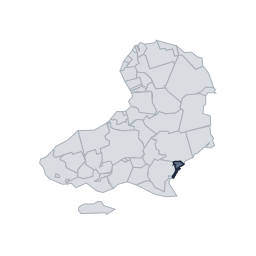 Eritrea on a map of Africa (Robinson projection), rotated 74°
{"feature_id": "ERI", "entity_name": "Eritrea", "entity_type": "country or territory", "adm_level": 0, "iso_a3": "ERI", "parent_name": "Africa", "parent_adm1": "", "projection": "robinson", "projection_center": [39.36, 15.191], "detail": "fine", "context": "in_parent", "style": "filled", "palette": "slate", "viewbox_px": 256, "rotation_deg": 74, "n_neighbors": 49, "source": "natural_earth", "source_scale": "50m", "svg_char_len": 11648}
<svg xmlns="http://www.w3.org/2000/svg" viewBox="0 0 256 256"><g transform="rotate(74 128 128)"><path d="M167.2,133.8L179.5,143.6L179.4,153.6L182.0,158.4L180.2,159.9L168.8,161.5L166.9,156.0L159.9,153.2L157.3,148.4L156.7,143.1L159.9,140.1L159.1,134.3L167.2,133.8Z" fill="#d9dde1" stroke="#a8b0b8" stroke-width="1"/><path d="M72.3,59.5L71.8,63.5L64.5,63.3L63.9,70.1L61.7,70.3L61.2,75.4L51.7,76.3L62.4,58.8L72.3,59.5Z" fill="#d9dde1" stroke="#a8b0b8" stroke-width="1"/><path d="M156.7,143.1L159.9,153.2L155.3,153.7L154.6,162.3L157.4,163.3L157.6,166.1L151.8,161.8L140.2,160.4L139.1,150.5L135.3,149.5L132.9,152.3L129.3,152.5L126.6,146.7L117.0,146.5L120.2,143.1L122.5,144.4L125.8,140.6L129.5,132.5L131.7,120.3L133.8,118.1L140.6,120.8L148.1,117.6L152.1,117.6L154.5,120.1L157.5,119.3L160.9,125.6L157.9,129.8L156.7,143.1Z" fill="#d9dde1" stroke="#a8b0b8" stroke-width="1"/><path d="M185.0,135.8L183.6,124.0L186.2,120.2L192.8,118.2L199.3,110.4L189.8,107.3L187.2,103.6L188.5,101.3L191.9,104.0L206.9,99.8L204.6,110.2L199.2,120.3L185.0,135.8Z" fill="#d9dde1" stroke="#a8b0b8" stroke-width="1"/><path d="M179.5,143.6L167.2,133.8L169.8,126.3L167.4,120.2L170.4,116.9L177.0,121.9L185.6,121.1L183.6,124.0L185.0,135.8L179.5,143.6Z" fill="#d9dde1" stroke="#a8b0b8" stroke-width="1"/><path d="M145.7,109.8L143.9,108.6L143.2,107.9L143.4,104.9L139.8,98.3L142.4,90.2L144.4,90.4L144.6,78.9L147.2,78.9L147.3,73.7L174.2,73.7L175.6,82.5L177.7,84.2L174.1,86.9L172.7,95.8L168.1,103.5L167.4,108.6L164.6,99.2L161.4,105.6L158.3,104.4L155.9,106.7L150.8,106.5L146.9,104.4L144.1,108.7L145.7,109.8Z" fill="#d9dde1" stroke="#a8b0b8" stroke-width="1"/><path d="M144.5,80.0L144.4,90.4L142.4,90.2L139.8,98.3L141.9,102.1L130.4,110.7L124.2,111.9L121.2,106.3L124.8,105.2L122.9,96.4L120.6,93.7L124.7,87.7L126.5,77.9L124.4,71.4L126.7,70.0L144.5,80.0Z" fill="#d9dde1" stroke="#a8b0b8" stroke-width="1"/><path d="M128.5,206.3L129.5,205.0L133.3,207.5L136.4,206.0L136.0,196.3L138.4,201.7L140.0,201.4L143.7,197.6L149.0,198.2L157.3,189.3L161.3,189.7L163.1,195.2L162.9,199.1L161.1,198.8L160.4,201.5L161.7,202.9L165.2,201.5L163.9,206.7L155.3,217.3L150.1,220.3L143.0,220.1L137.7,222.6L133.9,220.8L133.1,214.4L128.5,206.3ZM156.7,207.3L154.7,207.0L152.3,209.7L154.9,211.4L156.7,207.3Z" fill="#d9dde1" stroke="#a8b0b8" stroke-width="1"/><path d="M156.7,207.3L154.9,211.4L152.3,209.7L154.7,207.0L156.7,207.3Z" fill="#d9dde1" stroke="#a8b0b8" stroke-width="1"/><path d="M161.3,189.7L154.1,187.7L147.7,177.8L151.7,178.4L159.0,172.0L164.9,175.2L164.6,184.6L161.3,189.7Z" fill="#d9dde1" stroke="#a8b0b8" stroke-width="1"/><path d="M157.3,189.3L149.0,198.2L143.7,197.6L140.0,201.4L138.4,201.7L136.0,196.3L135.7,188.6L137.9,188.5L137.7,179.2L147.7,177.8L154.1,187.7L157.3,189.3Z" fill="#d9dde1" stroke="#a8b0b8" stroke-width="1"/><path d="M135.7,188.6L136.4,206.0L133.3,207.5L129.5,205.0L128.5,206.3L125.7,202.4L123.0,189.3L116.7,176.7L147.2,177.4L137.7,179.2L137.9,188.5L135.7,188.6Z" fill="#d9dde1" stroke="#a8b0b8" stroke-width="1"/><path d="M51.1,95.7L49.1,92.7L52.9,88.2L56.5,87.8L61.6,93.0L62.9,98.7L51.0,98.9L50.7,96.9L57.6,95.9L51.1,95.7Z" fill="#d9dde1" stroke="#a8b0b8" stroke-width="1"/><path d="M62.9,98.7L61.6,93.0L62.9,91.0L77.0,90.7L76.6,65.9L80.0,65.9L97.4,79.7L97.4,81.4L99.9,81.1L98.0,90.5L87.1,92.1L80.2,96.0L76.7,104.1L70.6,104.6L68.3,99.1L65.9,100.3L62.9,98.7Z" fill="#d9dde1" stroke="#a8b0b8" stroke-width="1"/><path d="M51.7,76.3L61.2,75.4L61.7,70.3L63.9,70.1L64.5,63.3L71.8,63.5L72.3,59.5L80.0,65.9L76.6,65.9L77.0,90.7L62.9,91.0L61.6,93.0L56.5,87.8L52.1,89.0L53.3,78.7L51.7,76.3Z" fill="#d9dde1" stroke="#a8b0b8" stroke-width="1"/><path d="M95.1,114.9L93.2,115.2L92.9,107.4L90.9,103.9L95.9,99.3L97.9,103.2L95.3,109.0L95.1,114.9Z" fill="#d9dde1" stroke="#a8b0b8" stroke-width="1"/><path d="M124.4,71.4L126.5,77.9L124.7,87.7L120.6,93.7L122.9,96.4L121.9,98.6L119.5,95.7L110.1,97.7L102.0,95.0L98.9,95.9L97.6,100.8L91.7,97.6L90.4,92.2L98.0,90.5L99.9,81.1L118.0,69.8L122.7,72.4L124.4,71.4Z" fill="#d9dde1" stroke="#a8b0b8" stroke-width="1"/><path d="M95.1,114.9L99.5,95.3L110.1,97.7L119.5,95.7L122.8,99.7L116.0,113.0L110.2,114.4L108.5,118.8L102.4,120.2L98.9,114.9L95.1,114.9Z" fill="#d9dde1" stroke="#a8b0b8" stroke-width="1"/><path d="M122.7,97.6L124.8,105.2L121.2,106.3L124.6,111.2L122.3,118.9L125.6,126.8L111.1,125.4L108.4,119.6L109.1,117.0L112.3,112.9L116.0,113.0L122.7,97.6Z" fill="#d9dde1" stroke="#a8b0b8" stroke-width="1"/><path d="M91.3,102.5L93.2,115.2L91.3,115.8L89.0,103.3L91.3,102.5Z" fill="#d9dde1" stroke="#a8b0b8" stroke-width="1"/><path d="M89.2,102.5L91.3,115.8L82.2,118.2L82.4,102.6L89.2,102.5Z" fill="#d9dde1" stroke="#a8b0b8" stroke-width="1"/><path d="M70.6,104.6L74.8,103.7L82.6,106.1L82.2,118.2L70.9,119.9L71.3,116.4L69.0,114.4L70.6,104.6Z" fill="#d9dde1" stroke="#a8b0b8" stroke-width="1"/><path d="M57.9,98.3L65.9,100.3L68.3,99.1L70.6,104.6L69.8,111.2L67.7,112.2L66.5,108.9L64.8,109.5L63.5,105.0L58.5,108.0L54.4,102.4L57.9,98.3Z" fill="#d9dde1" stroke="#a8b0b8" stroke-width="1"/><path d="M51.0,98.9L57.9,98.3L57.7,100.4L54.4,102.4L51.0,98.9Z" fill="#d9dde1" stroke="#a8b0b8" stroke-width="1"/><path d="M69.5,111.2L69.0,114.4L71.3,116.4L70.9,119.9L62.5,113.5L65.4,109.3L67.7,112.2L69.5,111.2Z" fill="#d9dde1" stroke="#a8b0b8" stroke-width="1"/><path d="M58.5,108.0L63.5,105.0L65.4,109.3L62.5,113.5L58.5,108.0Z" fill="#d9dde1" stroke="#a8b0b8" stroke-width="1"/><path d="M76.7,104.1L79.6,96.7L87.1,92.1L90.4,92.2L91.7,97.6L94.4,98.2L91.3,102.5L82.4,102.6L82.6,106.1L76.7,104.1Z" fill="#d9dde1" stroke="#a8b0b8" stroke-width="1"/><path d="M152.1,117.6L145.3,117.9L140.6,120.8L133.8,118.1L131.5,122.2L128.4,121.6L125.8,125.4L122.3,117.0L124.2,111.9L130.4,110.7L141.9,102.1L143.2,107.9L152.1,117.6Z" fill="#d9dde1" stroke="#a8b0b8" stroke-width="1"/><path d="M131.5,122.2L129.5,132.5L125.8,140.6L122.5,144.4L118.0,143.0L116.4,144.5L114.4,141.8L116.2,140.3L115.3,138.6L117.8,136.4L121.1,137.8L122.1,134.8L120.7,131.2L121.8,128.2L119.5,127.9L119.0,125.4L125.6,126.8L128.4,121.6L131.5,122.2Z" fill="#d9dde1" stroke="#a8b0b8" stroke-width="1"/><path d="M114.8,125.4L118.7,125.3L119.5,127.9L121.8,128.2L120.7,131.2L122.1,134.8L121.1,137.8L117.8,136.4L115.3,138.6L116.2,140.3L114.4,141.8L109.1,134.3L110.7,128.7L114.8,128.6L114.8,125.4Z" fill="#d9dde1" stroke="#a8b0b8" stroke-width="1"/><path d="M111.1,125.4L114.8,125.4L114.8,128.6L110.7,128.7L111.1,125.4Z" fill="#d9dde1" stroke="#a8b0b8" stroke-width="1"/><path d="M159.9,153.2L165.7,156.7L164.5,167.3L165.7,168.0L158.8,170.1L159.0,172.0L151.7,178.4L143.0,177.3L139.8,173.5L139.8,165.2L144.6,165.2L144.3,160.0L151.8,161.8L157.6,166.1L157.4,163.3L154.6,162.3L154.7,155.4L155.9,153.4L159.9,153.2Z" fill="#d9dde1" stroke="#a8b0b8" stroke-width="1"/><path d="M164.6,155.5L168.1,158.0L168.8,166.9L171.4,169.6L169.9,175.4L168.6,169.7L164.5,167.3L166.3,158.9L164.6,155.5Z" fill="#d9dde1" stroke="#a8b0b8" stroke-width="1"/><path d="M168.8,161.5L175.5,161.7L182.0,158.4L183.1,169.9L180.0,175.2L169.4,183.2L171.0,194.6L165.5,197.8L165.2,201.5L163.5,201.4L161.3,189.7L164.6,184.6L164.9,175.2L159.2,173.0L158.8,170.1L165.7,168.0L168.6,169.7L169.9,175.4L171.4,169.6L168.8,166.9L168.8,161.5Z" fill="#d9dde1" stroke="#a8b0b8" stroke-width="1"/><path d="M163.5,201.4L161.7,202.9L160.4,201.5L161.1,198.8L163.5,201.4Z" fill="#d9dde1" stroke="#a8b0b8" stroke-width="1"/><path d="M116.4,144.5L118.0,144.4L117.0,146.5L116.4,144.5ZM117.3,147.3L126.6,146.7L129.3,152.5L132.9,152.3L135.3,149.5L139.1,150.5L140.2,160.4L144.5,160.8L144.6,165.2L139.8,165.2L139.8,173.5L143.0,177.3L116.7,176.7L120.8,161.0L117.3,147.3Z" fill="#d9dde1" stroke="#a8b0b8" stroke-width="1"/><path d="M159.3,137.7L159.9,140.1L156.7,143.1L155.9,138.8L159.3,137.7Z" fill="#d9dde1" stroke="#a8b0b8" stroke-width="1"/><path d="M202.5,162.9L205.1,172.5L203.5,172.5L197.3,196.7L193.4,198.5L190.4,196.9L188.9,191.1L191.5,182.3L190.3,177.0L191.5,173.9L195.8,172.7L202.5,162.9Z" fill="#d9dde1" stroke="#a8b0b8" stroke-width="1"/><path d="M50.7,96.9L54.9,95.0L57.6,95.9L50.7,96.9Z" fill="#d9dde1" stroke="#a8b0b8" stroke-width="1"/><path d="M113.5,51.9L110.1,41.9L112.9,34.5L115.3,33.4L116.6,35.1L118.6,34.1L115.9,41.3L118.6,44.5L113.5,51.9Z" fill="#d9dde1" stroke="#a8b0b8" stroke-width="1"/><path d="M72.3,59.5L72.7,55.7L90.2,46.8L89.2,39.1L91.5,37.7L97.7,35.4L112.9,34.5L110.1,41.9L113.0,47.2L114.0,54.2L112.3,62.9L114.3,67.4L118.0,69.8L103.2,79.9L97.4,81.4L97.4,79.7L72.3,59.5Z" fill="#d9dde1" stroke="#a8b0b8" stroke-width="1"/><path d="M62.4,58.8L71.0,52.9L72.6,46.0L78.5,41.9L81.3,37.6L89.2,39.1L90.2,46.8L72.7,55.7L72.4,58.8L62.4,58.8Z" fill="#d9dde1" stroke="#a8b0b8" stroke-width="1"/><path d="M174.2,73.7L147.3,73.7L148.5,48.6L156.7,50.4L161.3,48.6L163.4,50.2L168.6,49.5L170.0,54.0L168.2,58.4L164.2,53.3L171.6,68.6L171.2,70.8L174.2,73.7Z" fill="#d9dde1" stroke="#a8b0b8" stroke-width="1"/><path d="M147.9,47.7L147.2,78.9L144.5,80.0L126.7,70.0L122.7,72.4L114.3,67.4L112.3,62.9L114.8,49.1L118.6,44.5L126.7,46.7L127.5,49.1L134.8,52.0L139.1,45.6L147.9,47.7Z" fill="#d9dde1" stroke="#a8b0b8" stroke-width="1"/><path d="M199.3,110.4L192.8,118.2L180.3,122.4L172.4,119.7L165.0,110.9L173.1,93.5L175.8,94.1L176.5,92.1L185.0,96.1L186.7,98.5L185.3,102.4L187.7,102.7L189.8,107.3L199.3,110.4Z" fill="#d9dde1" stroke="#a8b0b8" stroke-width="1"/><path d="M186.7,98.5L188.9,98.9L187.7,102.7L185.3,102.4L186.7,98.5Z" fill="#d9dde1" stroke="#a8b0b8" stroke-width="1"/><path d="M167.2,133.8L157.2,134.9L161.1,121.4L167.4,120.2L168.5,122.0L169.8,126.3L167.2,133.8Z" fill="#d9dde1" stroke="#a8b0b8" stroke-width="1"/><path d="M159.1,134.3L159.9,137.3L155.9,138.8L156.5,135.6L159.1,134.3Z" fill="#d9dde1" stroke="#a8b0b8" stroke-width="1"/><path d="M160.1,122.1L157.5,119.3L153.5,119.8L144.1,108.7L148.6,104.0L150.8,106.5L155.9,106.7L158.3,104.4L161.4,105.6L163.8,102.3L163.1,99.9L165.7,99.4L167.4,108.6L165.0,110.9L170.4,116.9L166.0,121.4L160.1,122.1Z" fill="#d9dde1" stroke="#a8b0b8" stroke-width="1"/><path d="M173.3,94.0L173.3,93.2L173.2,92.7L173.2,92.2L173.1,91.7L173.3,91.4L173.4,91.1L173.7,90.1L173.8,89.9L174.0,89.4L174.2,88.6L174.2,88.2L174.2,87.8L174.3,87.5L174.4,87.3L174.4,87.1L174.4,86.7L174.5,86.6L174.8,86.7L175.0,86.6L175.4,86.6L175.5,86.5L175.6,86.0L175.7,85.9L175.8,85.9L176.1,85.7L176.3,85.5L176.5,85.5L176.6,85.4L176.8,85.4L177.0,85.4L177.3,85.2L177.5,85.0L177.6,84.9L177.6,84.7L177.9,84.3L178.1,84.1L178.8,85.6L179.1,86.5L179.3,87.5L179.5,88.9L179.7,89.6L180.0,89.9L180.2,90.6L180.3,90.6L180.5,90.8L180.7,91.5L180.8,91.7L180.9,91.4L180.8,91.2L180.9,90.9L181.0,90.8L181.2,91.0L181.4,91.1L181.4,91.4L181.5,91.6L181.8,92.0L182.0,92.1L182.3,92.1L182.6,92.2L182.8,92.3L183.1,92.7L184.0,93.0L184.7,94.0L185.1,94.7L186.5,95.7L186.7,96.2L186.8,96.7L187.1,96.7L187.6,97.2L187.7,97.6L188.1,97.8L188.2,97.5L188.4,97.7L188.5,98.0L188.2,98.1L187.9,98.2L187.8,98.4L187.7,98.8L187.4,98.9L187.0,98.5L186.9,98.5L186.6,98.4L186.4,98.1L186.2,97.9L186.0,97.7L185.8,97.6L185.6,97.2L185.4,96.8L185.0,96.4L184.4,95.9L183.9,95.3L183.5,94.7L183.2,94.3L182.5,94.0L182.1,93.7L181.8,93.5L181.6,93.4L181.4,93.4L181.1,93.5L180.7,93.3L180.4,93.3L180.2,93.2L180.0,93.3L179.6,93.4L179.4,93.2L179.2,93.0L178.6,93.4L177.9,93.5L177.7,93.5L177.6,93.4L177.2,92.9L176.9,92.8L176.7,92.7L176.4,92.4L176.3,92.8L176.0,93.4L175.9,93.8L175.7,94.2L175.7,94.3L175.6,94.2L175.2,93.7L175.0,93.4L174.8,93.5L174.7,93.6L174.6,93.8L174.3,93.9L174.0,93.8L173.7,93.8L173.4,94.0L173.3,94.0ZM181.6,90.2L181.7,90.3L181.8,90.3L181.9,90.2L182.2,90.4L182.2,90.5L181.7,90.4L181.5,90.5L181.2,90.4L181.2,90.2L181.4,90.3L181.5,90.2L181.3,90.1L181.2,90.1L181.2,89.9L181.3,89.9L181.2,89.7L181.4,89.7L181.5,89.8L181.6,90.2ZM181.5,89.2L181.5,89.4L181.3,89.3L181.4,89.2L181.5,89.2Z" fill="#64748b" stroke="#1e293b" stroke-width="1.5"/></g></svg>